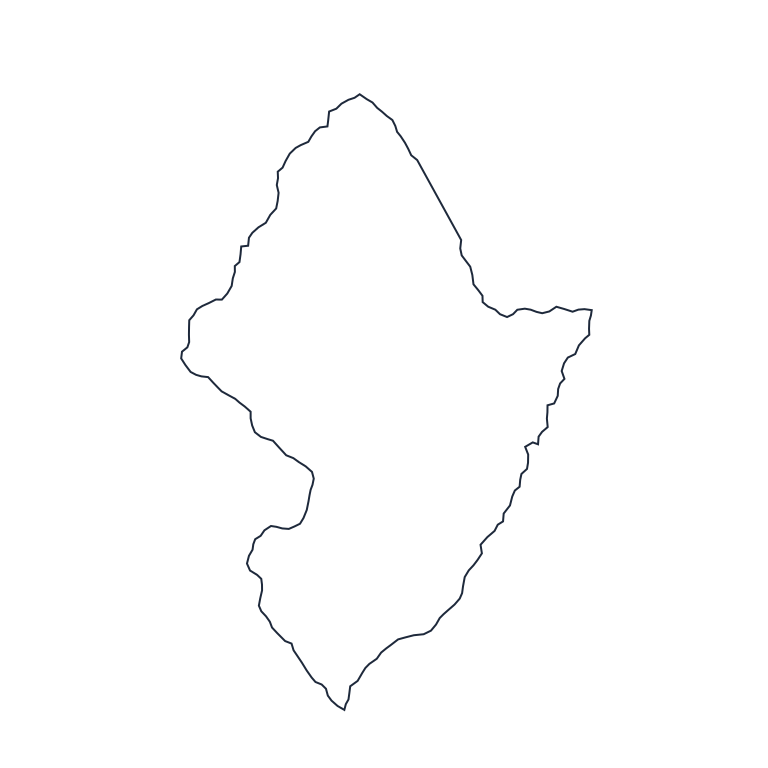 the district of Luislândia, Minas Gerais, Brazil, rotated 151°
{"feature_id": "56859067B98667495241529", "entity_name": "Luislândia", "entity_type": "district", "adm_level": 2, "iso_a3": "BRA", "parent_name": "Brazil", "parent_adm1": "Minas Gerais", "projection": "albers", "projection_center": [-44.589, -16.198], "detail": "fine", "context": "isolated", "style": "outline", "palette": "slate", "viewbox_px": 768, "rotation_deg": 151, "n_neighbors": 0, "source": "geoboundaries", "source_scale": "gbopen_adm2", "svg_char_len": 2938}
<svg xmlns="http://www.w3.org/2000/svg" viewBox="0 0 768 768"><g transform="rotate(151 384 384)"><path d="M576.7,118.2L572.6,122.5L568.0,125.3L564.2,130.4L560.1,136.0L551.0,137.1L542.8,142.0L537.9,144.7L532.5,146.3L523.5,147.2L516.7,150.5L510.1,151.7L504.0,152.5L495.5,153.8L488.1,152.0L479.7,149.8L470.6,145.9L462.5,145.5L455.1,148.4L448.7,152.3L443.5,153.8L437.2,155.2L429.2,156.9L421.8,159.6L417.1,163.2L413.0,168.7L407.0,176.0L400.2,179.9L393.5,182.1L387.6,184.7L380.5,188.4L377.5,196.6L367.8,200.0L358.5,201.9L352.7,205.8L346.5,206.1L342.1,212.7L332.7,216.7L326.4,223.4L321.2,227.4L315.2,228.4L311.3,234.2L307.4,238.7L300.1,240.4L296.2,245.3L292.1,252.4L291.0,260.6L282.2,260.8L278.5,256.6L274.3,263.0L269.0,265.5L261.7,267.0L258.3,274.8L254.8,280.0L251.3,286.1L244.6,284.5L237.8,289.4L234.1,295.2L229.7,299.1L223.7,301.0L222.3,309.2L216.5,314.8L210.4,318.0L202.2,317.5L194.8,323.3L185.9,326.5L180.6,327.5L177.9,332.9L173.8,339.7L169.8,343.6L166.5,347.9L172.4,352.3L177.9,354.8L184.0,355.8L190.0,362.2L195.8,368.0L204.2,367.3L211.3,369.2L215.6,373.1L219.7,377.9L224.3,381.6L231.4,384.3L237.3,382.5L243.9,382.9L248.7,388.8L250.6,395.0L255.4,401.1L258.0,407.8L255.1,413.4L256.0,420.0L257.4,427.8L253.9,436.5L251.7,444.8L252.8,452.4L253.7,458.8L251.6,465.6L246.7,472.5L246.4,563.8L249.3,570.8L248.8,578.0L248.7,584.8L249.3,592.6L250.3,598.2L249.0,604.2L248.7,610.8L251.6,617.0L253.8,623.3L256.1,628.8L257.6,635.8L261.0,641.5L264.8,649.2L271.0,648.6L277.3,649.8L285.3,649.8L292.2,647.9L299.9,648.9L305.1,641.5L308.6,636.7L315.7,639.5L321.7,638.5L327.5,635.7L332.8,632.5L341.0,633.3L346.8,633.3L354.7,631.2L362.0,626.7L367.8,622.4L374.0,621.2L376.9,615.4L381.3,610.0L383.5,602.3L388.3,595.6L393.2,589.8L401.4,587.1L409.2,582.3L417.8,581.9L425.8,580.1L431.2,577.4L435.8,570.8L442.2,573.5L446.5,567.1L451.3,560.7L457.3,559.5L460.1,554.3L465.0,549.7L469.7,543.6L477.2,539.1L484.9,536.4L490.1,539.4L497.7,539.7L505.0,540.3L511.4,540.0L517.3,536.4L523.4,534.2L526.8,528.5L530.7,521.7L534.1,515.1L538.2,511.4L545.0,510.2L549.0,504.7L548.5,496.9L547.3,488.3L543.9,483.1L540.0,479.2L534.5,475.3L532.8,468.2L531.3,462.5L529.6,456.3L525.5,449.7L521.3,443.1L519.4,437.8L516.7,431.8L514.1,424.4L517.3,418.6L519.4,411.7L520.3,404.4L517.3,397.4L512.5,392.2L508.6,388.2L506.5,379.1L504.1,369.1L499.2,363.1L496.3,356.9L492.4,349.9L489.6,342.0L491.3,335.3L495.4,330.5L499.5,327.0L503.0,322.9L506.9,318.0L512.6,311.3L519.4,305.8L525.2,302.5L531.3,302.8L537.5,303.4L543.0,307.0L547.4,311.3L551.7,314.6L559.5,314.0L565.5,311.0L571.9,310.7L576.0,307.2L579.3,302.8L585.4,299.2L590.9,293.4L591.6,285.8L587.5,278.5L585.8,273.1L588.0,267.6L590.7,262.6L596.1,256.6L600.9,250.8L601.5,244.7L599.8,238.0L599.1,231.4L600.0,225.3L598.2,218.0L595.1,207.1L590.7,201.8L592.2,194.9L591.6,188.2L590.9,179.9L590.5,170.9L589.6,162.4L588.4,156.6L584.2,151.4L582.5,145.6L584.2,138.7L583.4,132.5L580.7,124.9L576.7,118.2Z" fill="none" stroke="#1e293b" stroke-width="2"/></g></svg>